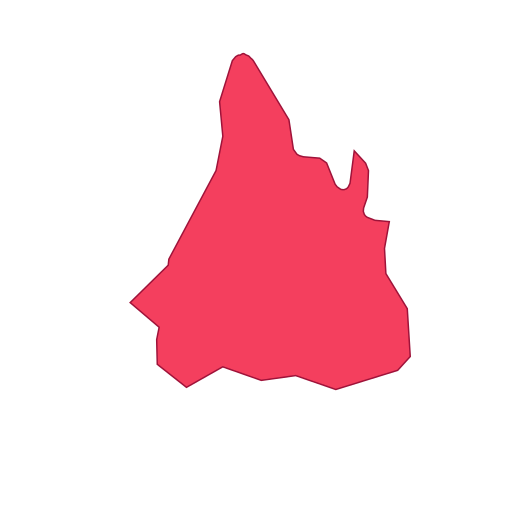 the London Borough of Bromley, rotated 55°
{"feature_id": "GBR-2063", "entity_name": "Bromley", "entity_type": "London Borough", "adm_level": 1, "iso_a3": "GBR", "parent_name": "United Kingdom", "parent_adm1": "", "projection": "natural_earth1", "projection_center": [0.01, 51.361], "detail": "fine", "context": "isolated", "style": "filled", "palette": "rose", "viewbox_px": 512, "rotation_deg": 55, "n_neighbors": 0, "source": "natural_earth", "source_scale": "10m", "svg_char_len": 1020}
<svg xmlns="http://www.w3.org/2000/svg" viewBox="0 0 512 512"><g transform="rotate(55 256 256)"><path d="M426.8,187.3L430.9,205.5L411.1,267.2L376.7,292.1L360.9,323.0L327.7,346.8L323.7,388.3L288.1,399.0L267.5,385.3L258.8,376.2L222.0,385.8L213.2,333.2L208.6,329.2L163.1,239.7L138.9,214.5L108.7,197.3L82.4,163.3L81.1,158.4L81.2,156.4L81.3,155.6L81.4,155.3L81.5,154.9L82.2,154.0L82.4,153.6L82.4,153.0L82.5,151.5L82.7,150.7L82.8,150.4L83.1,150.1L83.7,149.6L84.8,149.2L85.8,148.7L87.6,147.5L88.0,147.3L88.3,147.2L88.7,147.1L90.4,146.9L90.9,146.8L92.4,146.4L92.9,146.3L93.9,146.2L94.9,146.2L163.3,150.9L190.1,164.2L196.2,164.1L198.7,162.9L201.9,160.3L212.4,147.7L220.3,144.8L242.5,150.0L245.8,149.9L250.1,148.3L251.5,146.8L252.2,145.8L252.8,143.4L252.7,142.1L252.4,140.9L250.4,137.3L226.2,115.2L242.9,113.0L250.6,114.9L271.6,131.0L278.4,140.3L281.0,142.5L284.0,143.4L286.0,143.4L288.1,142.7L295.0,138.1L304.3,127.1L323.5,146.4L344.9,159.7L385.9,162.3L426.8,187.3Z" fill="#f43f5e" stroke="#9f1239" stroke-width="1.5"/></g></svg>